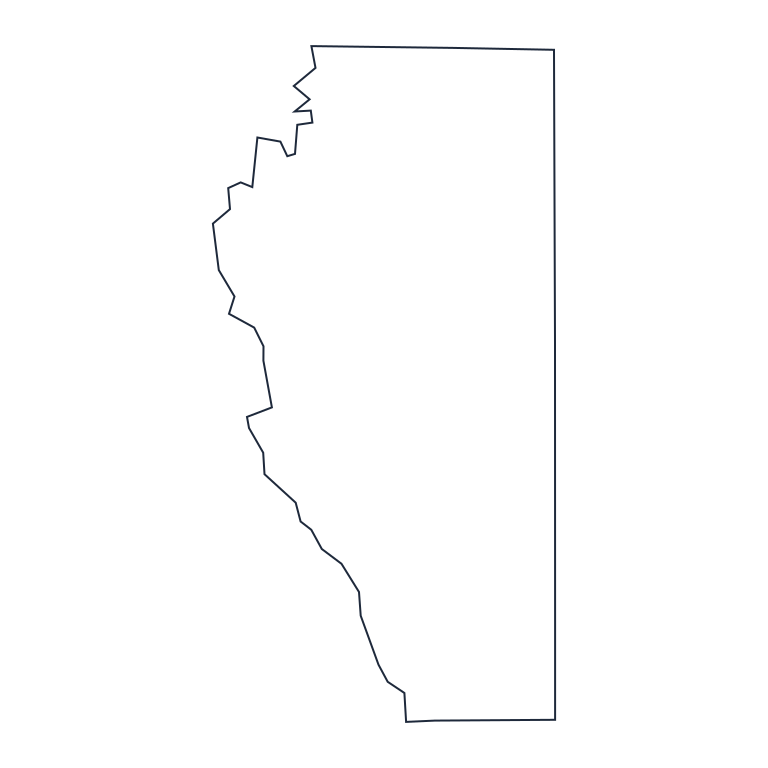 outline of Adams, Wisconsin, United States of America
{"feature_id": "52423323B52855808285855", "entity_name": "Adams", "entity_type": "district", "adm_level": 2, "iso_a3": "USA", "parent_name": "United States of America", "parent_adm1": "Wisconsin", "projection": "albers", "projection_center": [-89.891, 43.945], "detail": "fine", "context": "isolated", "style": "outline", "palette": "slate", "viewbox_px": 768, "rotation_deg": 0, "n_neighbors": 0, "source": "geoboundaries", "source_scale": "gbopen_adm2", "svg_char_len": 683}
<svg xmlns="http://www.w3.org/2000/svg" viewBox="0 0 768 768"><path d="M311.4,46.1L315.5,67.9L293.8,86.0L309.6,99.3L294.7,111.5L310.8,110.6L312.4,122.6L297.3,124.8L295.0,153.9L287.3,156.2L280.4,141.6L257.4,137.5L252.3,187.1L240.7,182.4L228.2,188.1L230.0,209.1L212.9,223.6L218.8,270.1L234.5,296.5L229.0,313.8L254.2,327.6L263.5,346.3L263.4,360.7L271.9,407.4L247.0,416.9L249.0,428.0L263.2,452.7L264.5,474.2L295.7,502.7L300.6,521.5L311.3,529.8L321.8,549.0L341.5,563.8L359.0,592.0L360.7,615.7L378.5,664.7L387.7,681.8L404.4,693.0L406.1,721.9L434.9,720.6L555.1,719.8L555.1,621.9L555.0,342.7L554.0,49.8L453.1,47.9L311.7,46.1L311.4,46.1Z" fill="none" stroke="#1e293b" stroke-width="2"/></svg>